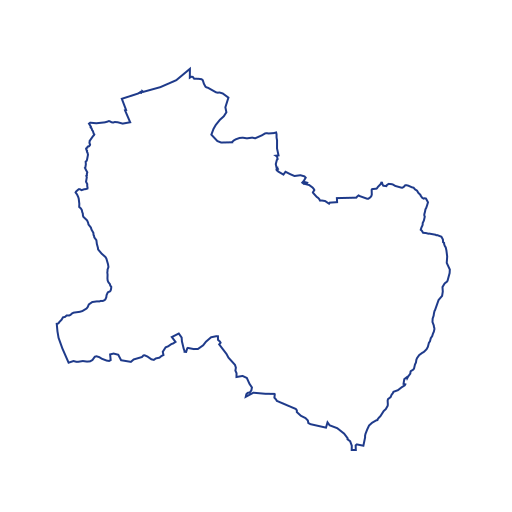 the district of Pietrari, Dâmbovita, Romania, rotated 193°
{"feature_id": "2599482B3924685478065", "entity_name": "Pietrari", "entity_type": "district", "adm_level": 2, "iso_a3": "ROU", "parent_name": "Romania", "parent_adm1": "Dâmbovita", "projection": "albers", "projection_center": [25.294, 45.097], "detail": "fine", "context": "isolated", "style": "outline", "palette": "blue", "viewbox_px": 512, "rotation_deg": 193, "n_neighbors": 0, "source": "geoboundaries", "source_scale": "gbopen_adm2", "svg_char_len": 6077}
<svg xmlns="http://www.w3.org/2000/svg" viewBox="0 0 512 512"><g transform="rotate(193 256 256)"><path d="M414.6,109.9L410.2,112.6L407.1,112.5L405.5,112.9L401.1,114.7L396.9,115.1L394.0,116.0L392.0,117.8L390.4,121.6L388.9,122.4L386.0,122.2L383.1,121.2L377.9,120.5L375.5,120.7L374.2,121.9L376.0,127.3L372.8,128.9L368.0,128.8L364.0,124.1L354.1,124.7L351.9,127.7L344.4,131.9L343.3,133.8L342.2,134.2L339.1,133.6L334.7,131.8L332.2,131.8L330.5,133.7L327.2,135.2L325.7,137.2L323.9,138.7L325.3,141.7L323.5,146.7L321.3,148.2L318.6,151.2L317.1,152.1L315.1,154.2L319.8,158.1L313.8,163.1L310.1,159.8L309.0,156.2L305.7,149.6L304.3,147.4L304.1,146.6L302.5,146.8L302.2,150.6L301.8,151.1L295.9,151.3L291.7,152.3L287.4,157.1L285.5,161.2L281.5,166.7L276.7,168.9L275.0,169.2L274.2,165.8L271.9,164.5L271.0,163.5L272.0,161.6L262.7,153.9L260.0,150.8L252.0,145.2L250.5,142.7L250.3,139.7L248.6,137.4L247.8,133.7L242.1,136.1L237.5,135.1L233.6,130.0L230.4,127.0L230.3,123.9L231.4,121.6L233.3,120.8L234.3,119.2L234.3,116.5L227.8,122.2L216.2,123.8L206.9,125.8L206.6,125.4L206.2,122.1L204.1,120.6L203.1,119.5L182.8,115.9L181.5,114.8L181.1,113.1L176.3,110.4L171.3,109.2L168.5,107.4L167.4,105.0L165.1,104.4L149.2,104.5L148.9,110.0L146.2,107.6L138.1,106.5L130.1,102.7L125.7,99.0L125.6,98.0L122.6,96.7L120.0,92.7L119.1,88.5L115.1,89.4L116.3,93.9L115.4,95.1L108.7,95.3L108.9,103.8L109.3,105.4L109.3,107.4L108.6,112.1L107.7,116.3L105.4,119.6L102.0,122.8L100.8,123.4L100.8,124.1L99.9,126.1L98.8,127.8L96.7,133.7L95.1,136.0L94.0,139.7L94.2,141.2L95.2,144.7L95.2,146.2L93.1,148.8L92.6,151.6L91.9,152.8L91.5,154.6L87.5,157.2L84.6,160.8L82.0,163.4L81.7,164.5L83.5,164.6L83.8,169.4L81.8,171.8L81.2,170.8L80.6,172.9L79.2,176.1L79.4,177.9L79.3,178.6L77.3,180.6L76.9,181.4L76.7,182.0L76.7,186.0L76.2,188.2L76.4,191.0L76.1,192.8L74.7,196.2L72.1,199.2L71.1,200.0L70.2,201.3L68.8,203.6L68.1,206.2L68.0,210.3L67.3,212.0L67.2,215.3L66.3,217.6L66.1,220.3L65.7,222.2L65.7,224.8L66.0,225.9L66.6,226.8L67.2,228.4L69.2,231.4L69.8,234.7L69.5,237.8L69.7,240.3L69.7,242.6L69.4,243.4L68.2,254.2L65.7,259.0L66.0,263.3L67.3,267.7L66.2,271.2L65.8,272.0L64.2,273.9L63.8,275.0L63.5,282.9L64.1,286.4L68.6,292.2L69.6,298.5L71.7,304.2L73.1,307.1L74.2,308.1L75.3,309.8L75.7,311.1L76.8,311.5L77.6,314.1L79.7,316.5L84.0,317.1L85.0,316.8L85.9,317.1L92.3,316.8L93.0,316.5L95.5,316.6L98.4,316.2L100.2,318.0L101.4,318.6L101.2,321.1L100.7,323.2L100.7,324.2L101.0,325.6L100.4,328.3L100.4,332.3L101.1,333.3L101.4,334.5L101.3,337.2L101.4,339.7L101.0,340.9L100.7,343.8L100.5,347.0L103.3,350.2L104.7,350.2L105.6,349.6L107.3,350.2L109.3,352.0L109.6,352.6L112.0,354.0L113.8,355.9L116.1,356.7L117.8,358.0L119.4,358.0L123.5,358.8L125.4,358.8L126.5,358.5L127.7,356.4L128.9,355.4L129.8,355.3L136.1,355.6L138.9,356.5L140.1,356.5L143.0,356.1L144.6,354.3L144.7,353.4L147.8,353.1L149.0,354.4L149.7,355.8L150.4,355.7L150.8,354.0L152.8,350.7L153.4,349.1L153.8,348.7L157.9,347.3L158.2,346.5L157.0,341.9L157.1,340.4L157.8,338.9L159.4,337.1L160.6,336.8L168.4,337.7L169.7,338.1L170.9,336.5L171.4,335.4L190.2,330.6L189.1,326.7L196.1,324.6L196.6,323.4L201.0,325.1L204.1,324.9L206.1,324.4L207.2,325.7L208.7,326.7L210.1,327.2L214.5,330.3L214.9,330.8L214.0,333.4L214.8,334.3L216.2,335.4L220.1,337.1L223.4,337.2L222.7,338.9L224.6,339.0L225.6,337.1L227.4,337.9L226.3,340.0L225.2,343.5L226.7,344.5L230.9,344.7L236.5,342.6L240.9,343.4L246.2,344.7L247.6,341.5L253.4,343.3L253.6,343.6L255.0,344.1L255.1,344.8L254.2,345.7L254.5,346.0L255.4,345.6L255.3,346.9L255.9,346.8L257.4,350.0L257.3,354.2L256.7,355.4L257.2,356.0L257.6,357.2L258.2,357.8L259.2,358.2L256.7,359.1L259.7,365.5L261.5,373.4L262.6,376.0L263.4,379.3L264.2,380.9L266.2,379.8L271.3,378.2L273.1,378.1L274.7,377.5L277.4,374.9L283.3,370.5L286.3,370.5L291.3,368.6L295.5,368.3L298.6,367.3L302.0,365.1L303.6,363.6L305.0,361.6L304.9,361.4L315.5,358.7L319.5,359.3L326.8,364.2L326.0,370.3L324.7,374.6L321.8,380.6L318.8,384.9L317.2,389.4L319.3,394.0L318.5,404.1L325.0,406.9L328.4,407.1L330.0,406.5L331.8,406.5L340.6,409.1L342.3,409.2L343.3,409.6L345.5,412.1L347.4,415.3L348.8,416.0L352.1,415.7L356.1,414.8L357.9,416.3L359.4,416.1L360.6,414.9L362.5,423.5L373.2,409.4L387.2,399.0L402.7,390.6L403.9,391.1L403.8,390.5L404.3,390.6L405.2,390.1L404.5,389.4L404.6,389.1L405.1,389.1L406.8,388.5L407.4,387.8L422.1,379.0L415.4,369.0L416.4,368.5L408.7,358.0L415.7,355.0L420.8,355.2L423.7,354.8L425.2,353.9L426.7,353.8L429.0,354.4L429.9,354.3L430.8,353.6L433.4,352.2L441.5,349.4L447.5,348.6L448.5,347.4L446.0,344.9L446.2,344.3L445.9,343.9L444.9,343.4L444.1,341.9L443.0,341.0L441.6,338.6L440.9,338.1L441.1,337.2L441.8,336.1L444.0,330.6L443.8,330.0L443.8,329.0L443.3,327.9L442.8,327.5L442.7,326.8L443.3,325.4L444.3,325.0L444.8,324.2L444.7,323.7L445.6,322.8L445.7,322.2L445.2,321.6L445.0,321.1L444.3,320.6L444.2,319.5L443.5,318.9L442.5,316.9L442.3,312.0L442.4,310.7L443.2,309.6L442.4,307.0L442.2,304.0L442.5,303.4L441.9,302.8L441.5,302.1L439.2,299.6L439.3,297.8L438.9,296.7L439.4,295.9L438.6,294.8L438.3,290.1L436.6,288.1L436.2,286.2L435.5,284.7L435.4,283.8L436.9,282.9L438.4,282.4L440.8,280.9L442.4,281.4L443.6,281.3L444.3,280.5L445.9,278.2L446.1,277.3L444.3,275.8L442.5,273.5L441.6,271.9L439.9,267.1L439.3,264.0L437.3,262.9L436.0,261.5L435.2,259.7L434.3,258.4L433.8,256.7L433.1,255.4L428.6,252.7L427.1,250.7L426.3,249.0L423.3,246.6L422.2,244.7L419.7,242.0L419.0,239.9L418.4,239.3L417.7,237.7L415.2,235.6L414.9,235.0L413.8,232.0L411.7,228.1L411.6,227.4L411.1,226.7L407.0,223.6L402.4,221.1L401.2,219.8L398.3,214.6L397.3,212.1L397.6,209.1L397.3,208.1L397.2,206.6L396.4,204.3L395.7,200.7L395.0,198.7L393.9,197.2L392.0,195.7L391.3,194.3L390.2,193.6L389.9,192.4L389.8,190.5L390.0,189.3L390.5,188.5L392.0,187.5L392.3,186.8L392.8,184.3L392.6,182.1L393.0,179.9L393.5,179.1L394.6,178.1L395.6,177.6L397.2,177.3L398.2,176.6L400.8,176.0L405.2,174.3L408.0,171.2L408.5,168.4L409.3,166.7L412.8,163.3L415.1,162.0L420.9,159.8L422.3,158.7L423.5,156.9L424.5,156.1L427.1,155.5L428.4,153.7L430.3,152.8L431.1,150.2L432.9,147.2L433.1,146.4L433.9,145.5L434.9,145.1L432.5,137.9L430.0,131.9L423.9,122.4L414.6,109.9Z" fill="none" stroke="#1e3a8a" stroke-width="2"/></g></svg>